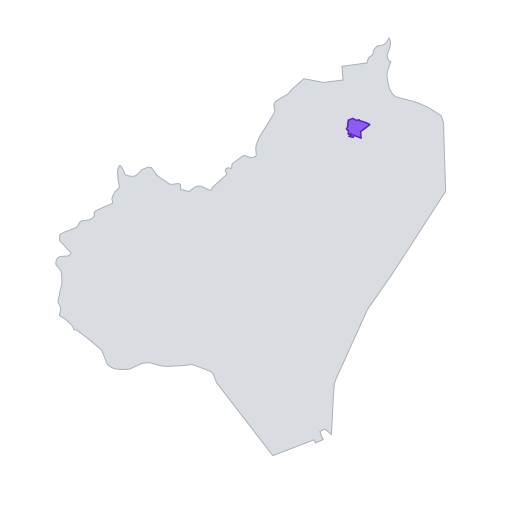 Suq Al-Shoyokh, Dhi-Qar, Iraq shown in context, rotated 263°
{"feature_id": "34846034B93046718311053", "entity_name": "Suq Al-Shoyokh", "entity_type": "district", "adm_level": 2, "iso_a3": "IRQ", "parent_name": "Iraq", "parent_adm1": "Dhi-Qar", "projection": "robinson", "projection_center": [46.449, 30.814], "detail": "fine", "context": "in_parent", "style": "filled", "palette": "violet", "viewbox_px": 512, "rotation_deg": 263, "n_neighbors": 0, "source": "geoboundaries", "source_scale": "gbopen_adm2", "svg_char_len": 4746}
<svg xmlns="http://www.w3.org/2000/svg" viewBox="0 0 512 512"><g transform="rotate(263 256 256)"><path d="M204.9,66.4L208.8,65.4L216.1,59.6L220.4,54.1L221.8,53.6L225.5,55.4L228.3,55.9L234.5,53.8L238.3,54.9L241.4,56.3L243.1,56.4L251.5,59.8L253.6,60.2L257.9,60.6L264.4,60.8L268.6,58.6L271.5,56.4L273.6,56.5L275.6,57.0L277.2,57.9L278.7,59.5L279.3,61.8L279.0,69.2L279.6,71.1L280.7,72.5L282.2,72.7L284.0,71.2L287.0,68.8L290.8,66.3L293.7,64.0L295.3,63.1L297.8,63.2L300.3,63.6L301.7,64.8L301.7,65.1L303.0,68.6L306.2,81.4L308.1,83.1L310.3,84.4L311.8,86.3L312.4,88.3L312.2,91.2L312.2,94.7L313.1,97.4L314.3,99.4L315.5,100.4L317.2,100.5L319.3,101.0L320.7,103.0L325.0,117.6L325.4,119.5L327.3,120.2L330.4,119.9L333.5,121.4L336.9,123.8L340.1,128.2L342.2,129.0L348.9,128.3L358.0,129.0L362.3,131.3L361.9,132.7L358.6,134.3L352.7,136.2L351.0,139.3L350.0,143.4L350.2,145.7L351.6,148.3L355.7,153.3L356.0,155.1L356.7,157.6L357.5,159.3L356.6,162.7L352.9,165.0L348.0,167.5L338.1,178.7L337.3,181.2L337.4,187.8L336.4,189.7L333.3,189.6L330.8,189.3L330.7,191.6L329.1,194.7L328.2,197.4L331.9,203.8L332.5,207.2L331.9,210.2L328.5,215.5L326.5,219.1L327.0,219.9L329.6,221.3L337.8,232.9L340.4,237.0L343.8,236.0L345.1,236.0L346.2,236.7L346.8,238.1L346.8,239.8L345.9,242.4L350.3,243.5L351.9,246.2L357.0,255.2L356.8,257.9L354.3,262.2L354.3,265.1L354.8,267.6L355.7,268.5L363.2,268.9L366.5,269.9L374.4,274.5L383.3,281.6L390.7,287.5L397.0,292.4L403.7,292.1L405.5,293.0L407.2,294.5L409.1,298.6L413.0,307.8L416.3,310.9L421.4,318.3L426.1,325.2L423.1,334.6L420.0,344.4L420.1,357.1L420.1,363.9L426.6,364.1L433.8,364.5L433.9,372.6L434.0,380.7L434.1,390.0L436.2,390.4L439.5,392.4L441.0,395.4L442.8,397.1L445.0,397.3L447.2,398.8L449.3,401.5L450.1,403.5L449.5,404.9L450.0,407.4L451.5,410.9L453.3,412.5L456.2,414.6L452.3,415.7L448.2,414.8L439.4,410.7L436.5,410.6L432.8,412.2L432.7,413.6L423.4,409.0L420.0,408.1L418.8,408.0L413.5,408.0L405.9,408.8L401.4,410.7L398.3,412.7L396.9,414.6L396.4,415.7L394.0,421.4L391.2,428.7L388.3,435.3L382.7,444.6L379.5,448.8L372.8,456.8L365.6,458.4L348.7,456.8L330.0,455.1L311.4,453.4L297.6,452.1L296.5,451.6L282.9,440.3L272.1,431.3L258.7,420.1L245.0,408.6L231.2,397.0L221.2,388.6L209.0,377.7L197.9,367.8L189.2,360.0L178.0,353.2L169.2,347.9L156.5,340.1L146.3,333.9L137.6,328.6L124.2,320.4L119.7,318.2L105.8,315.4L92.5,313.1L78.8,310.7L69.7,309.1L75.9,303.3L74.1,298.1L69.7,299.0L65.6,300.3L63.3,292.2L66.5,291.2L63.8,280.5L61.1,269.6L58.5,259.1L55.8,248.3L67.6,241.4L76.3,236.2L88.6,229.0L100.3,222.0L111.6,215.3L123.9,208.0L134.9,201.5L145.0,198.8L147.1,196.7L151.8,187.8L155.8,180.2L156.1,178.4L156.3,167.6L157.2,154.9L158.6,148.1L161.0,142.1L163.1,137.8L163.4,133.7L163.2,129.5L161.2,123.3L159.1,116.7L159.5,110.4L160.0,107.0L161.4,101.7L163.9,97.7L166.4,95.3L175.9,92.8L181.5,91.3L189.1,84.3L193.6,80.1L199.9,73.6L204.5,68.7L204.9,67.1L204.9,66.4Z" fill="#d9dde1" stroke="#a8b0b8" stroke-width="1"/><path d="M379.5,364.0L379.1,364.0L378.7,364.1L378.4,364.0L378.1,364.1L377.9,364.0L377.7,363.8L377.5,363.7L377.3,363.5L377.2,363.4L376.8,363.2L376.6,363.2L376.2,363.2L375.6,363.2L375.1,363.1L374.6,363.0L374.2,362.9L373.7,362.8L373.3,362.8L373.1,362.6L372.8,362.4L372.5,362.2L372.2,362.1L371.9,362.0L371.7,361.8L371.5,361.6L371.3,361.5L371.1,361.3L370.9,361.5L370.6,361.7L370.4,361.8L369.9,361.9L369.7,362.2L369.5,362.6L369.3,362.8L369.2,362.9L368.9,363.0L368.7,363.0L368.4,363.0L368.2,363.0L367.7,362.9L367.2,362.7L366.7,362.5L366.3,362.3L366.1,362.3L365.8,362.7L365.6,363.0L365.5,363.4L365.5,363.9L365.6,364.3L365.8,364.6L365.8,364.8L365.6,365.1L365.3,365.4L365.0,365.8L364.8,365.6L364.6,365.3L364.3,365.1L364.2,364.7L364.1,364.2L363.9,363.8L363.8,363.5L363.8,363.4L363.6,362.9L363.2,363.3L363.2,363.7L363.3,364.1L363.2,364.2L362.8,364.5L362.6,364.8L362.4,365.2L362.3,365.6L362.2,365.9L362.2,366.8L362.2,367.2L362.6,367.2L363.0,367.3L363.3,367.4L363.5,367.4L363.8,367.4L364.0,367.5L363.8,367.9L363.6,368.2L363.4,368.6L363.2,368.9L363.1,369.2L362.9,369.7L362.7,370.0L362.5,370.3L362.3,370.6L362.2,370.9L362.0,371.3L361.8,371.7L361.5,372.2L361.3,372.6L361.1,373.0L360.9,373.3L360.7,373.6L360.6,374.0L360.4,374.2L360.2,374.6L361.0,374.7L362.2,374.8L363.1,374.8L364.0,374.9L364.5,374.9L365.6,375.0L366.3,375.1L366.7,375.1L366.9,375.3L367.2,375.9L367.5,376.5L367.9,377.2L368.2,377.7L368.8,378.7L369.2,379.5L369.7,380.4L370.7,381.9L371.4,383.2L372.1,384.3L372.4,384.7L372.5,384.8L372.8,384.8L373.6,383.6L374.9,381.5L375.5,380.3L375.6,380.0L376.6,377.8L377.3,376.4L377.8,375.4L378.0,375.1L378.3,375.0L378.5,375.0L378.6,374.4L378.5,373.2L378.4,372.4L378.5,372.1L378.7,371.8L379.1,371.2L379.5,370.7L379.9,370.0L380.4,369.3L380.8,368.7L380.6,368.2L380.4,367.5L380.2,366.9L380.1,366.4L379.9,365.3L379.5,364.0Z" fill="#8b5cf6" stroke="#5b21b6" stroke-width="1.5"/></g></svg>